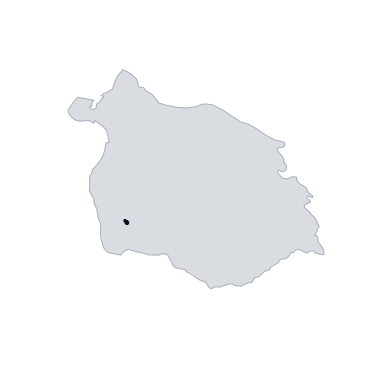 location of Tatarusi, Suceava, Romania, rotated 203°
{"feature_id": "2599482B10638600477731", "entity_name": "Tatarusi", "entity_type": "district", "adm_level": 2, "iso_a3": "ROU", "parent_name": "Romania", "parent_adm1": "Suceava", "projection": "robinson", "projection_center": [26.571, 47.355], "detail": "fine", "context": "in_parent", "style": "filled", "palette": "ink", "viewbox_px": 384, "rotation_deg": 203, "n_neighbors": 0, "source": "geoboundaries", "source_scale": "gbopen_adm2", "svg_char_len": 4430}
<svg xmlns="http://www.w3.org/2000/svg" viewBox="0 0 384 384"><g transform="rotate(203 192 192)"><path d="M291.8,211.4L295.1,215.4L299.2,217.5L308.8,219.7L309.7,219.4L309.8,219.0L309.1,218.5L309.0,217.7L309.5,216.8L310.8,216.8L313.0,217.6L317.1,216.4L323.1,213.3L328.7,212.6L333.8,214.5L336.4,216.7L338.1,218.7L337.6,221.3L337.3,222.9L336.1,229.5L335.2,231.9L333.8,234.7L318.0,238.1L319.0,236.5L318.6,233.7L317.9,231.5L319.3,229.6L315.8,228.9L314.2,230.0L313.0,231.8L314.2,236.0L312.4,238.4L311.8,239.7L311.7,242.7L310.7,244.1L310.5,245.5L313.1,245.2L312.0,247.8L307.3,252.9L305.6,256.0L306.1,268.1L304.1,275.3L303.9,277.4L298.9,277.5L297.4,277.3L292.6,276.2L287.2,274.3L284.0,270.6L282.0,267.9L277.4,269.1L276.6,268.8L275.3,267.5L271.9,266.7L267.6,266.6L258.1,261.8L257.1,260.9L249.6,261.8L238.4,264.2L229.9,267.2L221.1,272.5L217.5,276.5L213.3,278.6L207.4,280.2L196.8,279.6L185.9,277.6L174.1,275.4L167.7,276.6L159.1,275.7L146.1,273.1L136.4,272.3L126.9,273.8L125.3,272.7L124.9,271.3L125.3,269.5L126.7,267.9L129.0,266.8L130.3,265.6L130.4,264.4L127.9,262.5L122.6,259.9L120.5,258.2L119.9,257.8L119.8,256.3L118.7,255.2L116.7,254.3L115.1,252.8L114.0,250.6L114.3,248.5L116.0,246.5L118.0,245.6L120.5,245.9L121.6,245.3L121.2,244.0L118.8,242.2L114.3,240.1L109.7,241.2L105.0,245.7L101.6,246.4L99.6,243.4L96.0,241.6L90.7,241.0L87.5,239.9L86.4,238.1L84.1,236.8L79.1,235.4L79.0,234.0L79.9,233.7L81.7,233.6L84.1,233.3L84.5,232.5L84.5,231.8L82.6,230.9L80.7,230.3L79.7,229.7L79.1,229.0L79.0,228.3L79.6,227.8L80.4,227.8L81.1,227.4L81.6,225.8L82.7,224.5L83.4,224.0L83.4,223.0L82.7,222.1L81.6,221.3L80.1,220.8L75.3,219.4L72.9,217.5L71.5,217.4L69.1,216.4L66.6,214.7L64.5,212.3L62.2,210.8L61.6,210.1L61.5,209.5L62.0,208.9L62.0,208.1L61.5,205.8L61.9,203.3L61.9,201.0L61.9,200.0L61.5,199.7L61.0,200.0L60.4,200.5L59.9,200.5L58.2,198.8L56.1,195.4L54.6,194.3L51.7,192.7L49.3,191.3L47.6,188.5L45.9,186.3L47.1,185.3L54.2,184.0L57.4,185.3L58.8,184.8L60.3,183.8L61.1,183.0L61.3,182.1L62.0,181.0L64.4,180.5L70.6,181.1L73.2,179.6L74.1,178.8L74.8,176.9L75.5,175.4L77.7,174.6L77.7,173.3L77.4,171.8L78.8,168.5L79.6,167.2L80.9,166.7L82.5,165.6L85.2,163.5L84.6,161.6L85.2,160.2L88.0,156.8L90.2,153.5L90.2,151.9L90.5,150.5L92.4,148.9L94.4,146.9L97.2,140.5L98.1,139.4L99.8,138.2L101.1,137.0L101.3,132.8L102.5,131.6L104.8,130.3L107.1,128.1L109.0,125.5L110.4,124.3L112.3,124.0L114.3,123.0L116.6,122.6L118.7,123.1L120.1,122.8L122.2,121.6L127.7,116.8L128.4,115.9L129.5,115.3L133.9,113.6L135.0,112.0L136.5,110.5L138.5,110.7L144.6,114.3L151.4,114.0L152.6,114.2L153.0,114.3L153.8,114.6L162.7,116.3L164.1,116.1L164.5,116.0L168.0,117.5L171.2,117.3L174.3,116.3L177.4,115.9L180.3,116.5L182.5,118.6L188.1,123.0L189.8,124.7L192.4,124.4L195.3,123.6L198.2,120.7L207.2,117.3L214.1,116.5L220.8,115.1L228.5,114.2L230.8,111.4L232.0,109.6L232.9,106.1L237.1,105.1L241.0,104.4L242.4,103.9L245.3,103.8L247.5,104.1L251.0,105.8L253.4,108.0L254.4,109.7L256.5,112.1L258.7,115.4L261.1,119.9L261.6,122.2L262.5,124.7L264.3,127.7L267.8,131.0L268.3,131.6L269.8,133.9L272.9,139.1L275.4,141.2L277.6,143.4L278.7,145.7L280.3,147.8L284.0,150.5L287.0,153.0L289.4,160.1L291.1,163.4L292.2,165.9L291.7,171.0L292.4,173.1L291.1,177.1L288.7,185.1L288.1,191.5L288.6,194.9L288.7,197.1L289.3,198.5L290.0,201.4L290.1,203.9L289.2,204.6L287.9,205.2L287.5,205.7L288.6,206.9L290.2,209.0L291.8,211.4Z" fill="#d9dde1" stroke="#a8b0b8" stroke-width="1"/><path d="M239.6,136.7L238.8,137.1L238.7,137.1L238.6,137.3L238.7,137.5L238.8,137.5L239.0,137.7L239.0,137.8L238.9,137.9L238.9,138.0L239.0,138.2L239.1,138.3L238.9,138.3L238.9,138.5L238.7,138.5L238.8,138.6L238.7,138.7L238.7,138.8L238.8,138.7L238.9,138.8L239.0,139.0L239.1,139.3L239.3,139.2L239.5,139.2L239.5,139.3L239.6,139.5L239.8,139.7L239.9,139.8L240.0,139.9L240.0,140.0L240.3,140.0L240.4,140.3L240.5,140.3L240.5,140.2L240.7,139.9L240.7,139.7L240.8,139.7L241.0,139.7L241.3,139.6L241.6,139.6L241.9,139.7L242.0,139.8L242.2,140.0L242.3,140.1L242.4,140.3L242.5,140.4L242.8,140.3L242.9,140.2L243.0,140.1L243.2,139.9L243.3,139.9L243.4,139.6L243.4,139.4L243.3,139.2L243.2,139.0L243.2,138.9L243.1,138.7L242.9,138.7L242.7,138.7L242.6,138.8L242.6,138.7L242.4,138.7L242.4,138.8L242.3,138.7L242.2,138.6L242.0,138.3L242.0,138.2L241.9,138.2L241.7,138.0L241.5,137.9L241.4,137.9L241.2,137.9L241.0,137.7L241.0,137.8L241.0,137.7L241.0,137.2L240.4,137.3L240.2,137.3L239.9,137.2L239.7,137.0L239.7,136.9L239.6,136.7L239.6,136.7Z" fill="#0f172a" stroke="#020617" stroke-width="1.5"/></g></svg>